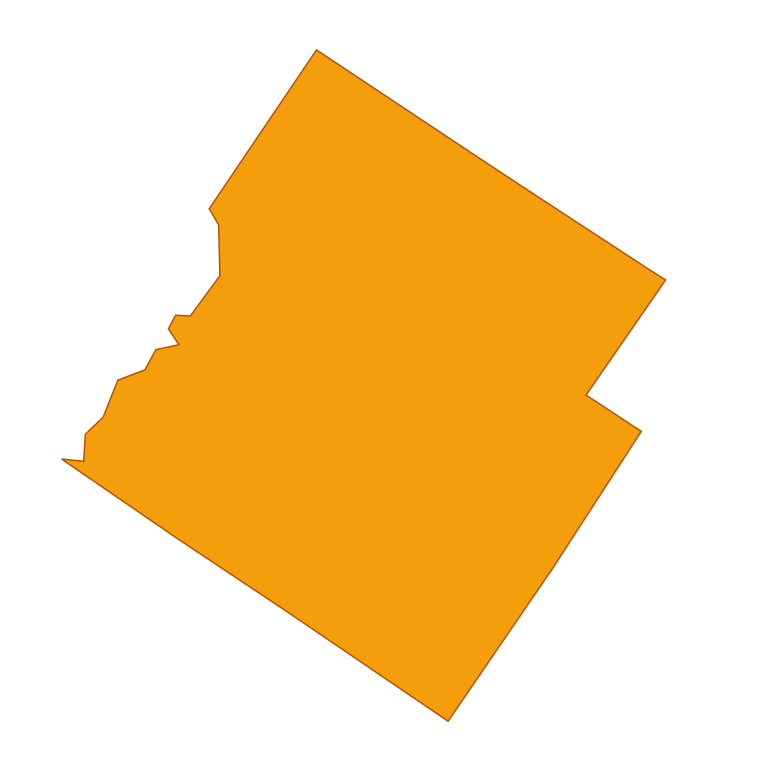 Dubois, Indiana, United States of America, rotated 304°
{"feature_id": "52423323B15239481819744", "entity_name": "Dubois", "entity_type": "district", "adm_level": 2, "iso_a3": "USA", "parent_name": "United States of America", "parent_adm1": "Indiana", "projection": "robinson", "projection_center": [-86.913, 38.365], "detail": "fine", "context": "isolated", "style": "filled", "palette": "amber", "viewbox_px": 768, "rotation_deg": 304, "n_neighbors": 0, "source": "geoboundaries", "source_scale": "gbopen_adm2", "svg_char_len": 507}
<svg xmlns="http://www.w3.org/2000/svg" viewBox="0 0 768 768"><g transform="rotate(304 384 384)"><path d="M324.5,172.8L309.2,174.4L301.9,192.0L285.0,175.7L262.0,177.9L238.4,161.2L199.5,169.7L175.2,164.5L152.0,178.3L141.5,158.7L140.3,297.5L141.0,429.2L140.4,582.5L140.3,625.7L209.1,626.1L325.1,626.9L488.6,623.8L487.8,557.7L627.7,559.3L627.1,536.7L625.2,404.7L624.5,338.9L623.2,141.2L431.6,141.1L423.4,158.0L382.0,187.4L332.0,185.4L324.5,172.8Z" fill="#f59e0b" stroke="#b45309" stroke-width="1.5"/></g></svg>